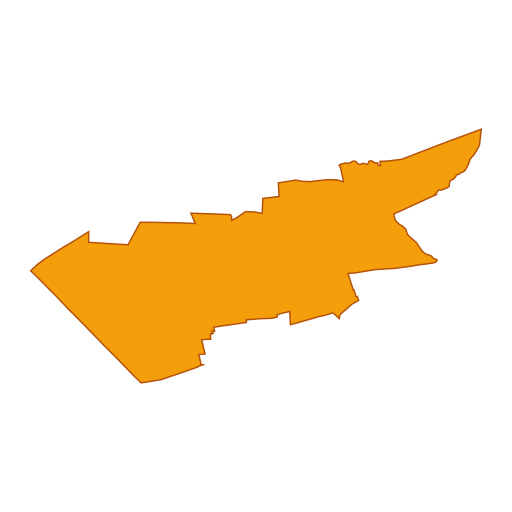 Tlaxcoapan, Hidalgo, Mexico (orthographic projection)
{"feature_id": "50627088B91573005183393", "entity_name": "Tlaxcoapan", "entity_type": "district", "adm_level": 2, "iso_a3": "MEX", "parent_name": "Mexico", "parent_adm1": "Hidalgo", "projection": "orthographic", "projection_center": [-99.215, 20.097], "detail": "fine", "context": "isolated", "style": "filled", "palette": "amber", "viewbox_px": 512, "rotation_deg": 0, "n_neighbors": 0, "source": "geoboundaries", "source_scale": "gbopen_adm2", "svg_char_len": 4599}
<svg xmlns="http://www.w3.org/2000/svg" viewBox="0 0 512 512"><path d="M30.7,270.8L34.6,274.5L43.1,283.0L51.6,291.7L55.7,295.7L69.2,310.0L70.9,311.7L71.2,312.1L71.4,312.0L71.6,312.2L72.1,312.7L72.5,313.1L75.2,315.9L76.0,316.7L77.7,318.4L79.8,320.6L85.7,326.5L86.9,327.7L88.1,329.1L95.9,337.0L102.2,343.6L103.5,344.9L107.8,349.2L114.9,356.3L120.0,361.5L126.6,368.3L134.3,376.3L139.4,381.2L141.0,382.8L145.1,382.3L156.4,380.4L161.6,379.5L168.8,377.0L173.8,375.3L178.7,373.7L182.8,372.2L188.8,370.2L189.0,370.1L192.0,369.0L195.3,367.9L197.3,367.2L197.2,366.8L197.3,366.7L203.0,364.8L201.3,364.4L201.0,364.4L200.3,361.2L199.6,357.9L198.7,354.6L201.7,354.3L205.1,353.9L203.4,347.4L202.7,343.9L201.6,339.6L210.7,339.2L210.4,334.7L211.0,334.5L210.7,333.9L213.2,333.3L212.1,331.5L212.3,331.6L214.7,331.2L213.5,327.5L213.8,327.2L214.5,327.1L216.9,326.7L218.9,326.4L219.4,326.4L222.8,325.8L226.3,325.3L228.2,325.1L231.5,324.6L232.8,324.4L235.4,324.0L239.1,323.5L240.8,323.3L240.9,323.2L243.0,322.9L244.2,322.7L245.3,322.6L246.1,322.5L246.4,322.3L246.5,321.9L246.5,321.4L246.3,320.7L246.2,319.9L246.8,319.7L247.7,319.7L251.2,319.4L254.1,319.2L259.9,318.7L263.1,318.6L269.1,318.4L269.6,318.4L273.0,318.1L276.3,317.2L277.2,317.0L277.2,315.6L277.3,314.8L279.1,314.2L280.5,313.7L282.9,313.1L285.3,312.5L287.1,312.1L287.7,311.9L288.8,311.6L289.6,311.5L289.7,312.4L289.8,313.6L290.1,318.3L290.2,319.2L290.2,320.2L290.3,322.2L290.3,322.5L290.2,323.3L290.4,324.7L295.8,323.2L298.4,322.5L299.1,322.2L299.4,322.2L300.9,321.8L303.4,321.1L305.6,320.4L305.9,320.4L310.2,319.1L310.4,319.1L313.8,318.1L317.3,317.0L320.3,316.3L321.4,316.0L321.6,316.2L325.3,315.1L329.1,314.0L332.8,312.9L334.9,314.6L335.8,315.4L339.2,318.6L340.0,315.1L341.0,313.7L344.4,310.8L346.2,309.3L348.2,307.6L351.7,304.3L354.4,302.8L358.6,300.4L357.3,296.5L356.1,296.7L353.9,289.7L353.2,289.7L351.6,284.7L348.0,273.5L349.6,273.2L352.6,273.1L356.5,272.7L363.7,271.5L367.7,270.8L372.9,270.0L375.3,269.6L385.5,268.9L394.8,268.4L403.2,267.2L410.5,266.3L418.2,265.0L431.1,263.3L432.8,263.0L434.3,262.7L434.6,262.6L435.4,262.2L437.2,260.2L436.9,259.9L436.1,259.4L434.6,258.7L432.6,257.9L432.4,257.3L431.9,256.4L431.1,255.9L429.9,255.3L428.8,255.0L427.5,254.7L426.4,254.2L425.2,253.7L424.4,253.0L422.2,251.2L421.3,249.8L419.2,246.8L418.0,245.0L417.1,243.6L416.2,242.4L415.1,241.5L409.4,236.4L407.6,234.6L406.9,232.9L406.3,230.9L405.9,229.5L405.5,228.8L404.5,227.9L403.2,226.9L402.2,225.9L401.2,225.3L399.9,224.7L398.7,223.8L396.6,221.7L396.0,220.9L395.3,219.8L394.5,217.6L393.7,214.1L395.7,213.1L399.6,211.3L402.5,210.1L403.2,209.8L403.7,209.6L404.7,209.0L406.1,208.4L408.0,207.5L410.2,206.5L412.2,205.6L413.6,204.9L414.5,204.6L415.2,204.2L416.3,203.7L417.2,203.3L417.9,202.9L418.9,202.5L419.5,202.2L420.9,201.6L422.6,200.8L425.6,199.4L428.1,198.3L429.5,197.6L430.5,197.2L431.7,196.6L432.2,196.5L432.8,196.2L433.0,196.1L436.0,194.7L435.1,194.5L436.8,192.5L438.8,189.9L441.6,190.1L443.6,189.1L445.0,188.8L446.2,188.3L449.0,186.6L449.9,180.8L453.5,179.1L455.1,177.5L456.8,174.6L458.7,174.3L460.4,173.1L463.4,171.7L465.2,170.3L466.3,168.2L467.1,166.8L467.8,165.3L468.5,163.9L469.1,162.2L469.5,160.6L470.1,159.5L470.7,158.4L471.2,157.7L471.9,157.0L473.8,155.0L477.1,149.7L479.4,145.1L479.7,143.6L481.1,130.5L481.3,129.2L449.0,141.1L421.7,151.6L401.3,159.4L388.1,161.0L380.0,161.4L380.6,165.5L380.4,165.8L379.1,165.3L378.0,165.1L377.7,163.0L375.4,162.9L374.4,162.6L373.7,162.1L372.9,161.8L372.2,161.1L371.6,160.8L371.2,160.8L369.5,161.0L369.1,161.2L368.4,162.6L367.8,163.9L367.4,164.2L366.5,164.3L365.7,164.1L364.3,163.5L363.4,163.3L361.8,163.7L361.0,164.3L360.5,164.3L359.7,164.3L359.0,164.2L358.2,163.9L357.5,163.4L357.2,163.1L356.9,162.6L356.6,162.3L355.8,161.6L355.4,161.3L355.0,161.2L354.1,161.2L353.2,161.2L352.5,161.4L349.8,162.9L349.1,163.2L348.4,163.4L347.4,163.3L346.6,163.2L345.7,163.0L345.0,163.1L342.0,163.9L340.6,164.3L340.1,164.6L339.8,164.8L339.6,165.1L339.1,165.3L340.3,167.3L340.8,168.8L341.5,172.1L342.5,176.6L342.6,177.2L343.3,179.9L343.4,180.9L343.4,181.8L336.9,179.9L329.3,179.7L327.5,179.7L313.9,181.1L310.4,181.7L308.2,181.5L302.9,181.4L295.4,180.1L291.4,180.8L278.3,182.9L279.1,196.5L262.8,198.4L262.2,213.4L257.2,212.4L256.0,212.1L245.6,211.6L238.1,216.8L231.8,220.4L231.6,216.7L230.5,214.6L229.6,214.6L214.2,214.0L191.0,213.2L195.2,223.5L189.2,223.2L180.4,222.9L172.6,222.7L164.1,222.6L157.3,222.4L140.2,222.3L128.0,244.8L108.8,243.6L88.6,242.3L88.7,231.6L70.6,243.0L63.7,247.0L58.0,250.6L49.5,256.0L46.0,258.2L42.6,260.5L38.0,264.0L35.7,266.1L34.0,267.7L32.2,269.2L30.7,270.8Z" fill="#f59e0b" stroke="#b45309" stroke-width="1.5"/></svg>